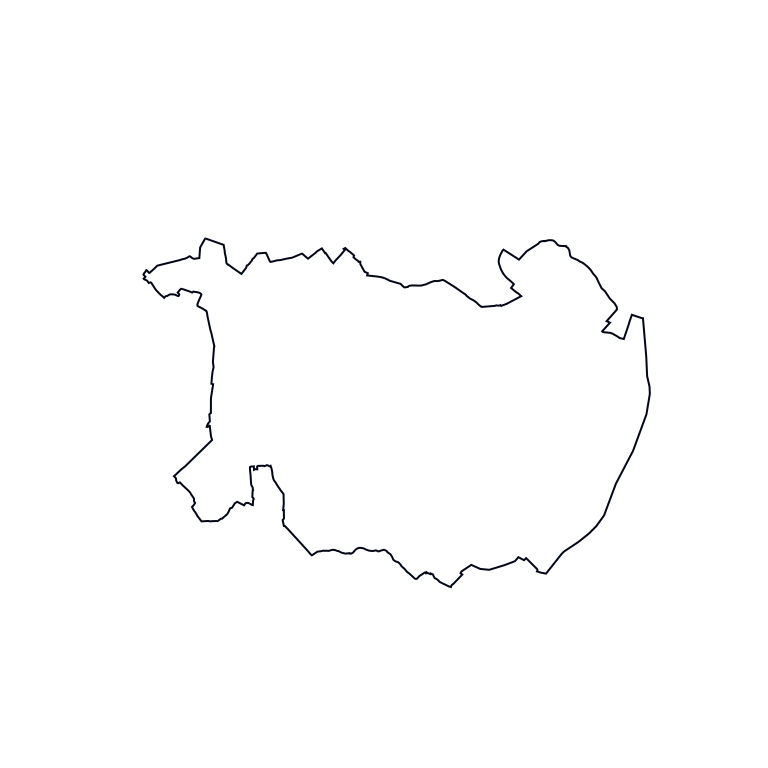 outline of Aliman, Constanta, Romania, rotated 132°
{"feature_id": "2599482B71126522138451", "entity_name": "Aliman", "entity_type": "district", "adm_level": 2, "iso_a3": "ROU", "parent_name": "Romania", "parent_adm1": "Constanta", "projection": "albers", "projection_center": [27.854, 44.172], "detail": "fine", "context": "isolated", "style": "outline", "palette": "ink", "viewbox_px": 768, "rotation_deg": 132, "n_neighbors": 0, "source": "geoboundaries", "source_scale": "gbopen_adm2", "svg_char_len": 6154}
<svg xmlns="http://www.w3.org/2000/svg" viewBox="0 0 768 768"><g transform="rotate(132 384 384)"><path d="M161.8,235.6L162.6,236.6L166.7,246.1L174.2,242.9L175.3,242.3L190.1,235.9L192.1,239.5L192.7,243.6L193.2,245.4L193.5,247.2L194.2,249.3L194.8,250.4L198.6,255.5L198.9,256.0L198.9,256.4L198.9,257.1L187.2,257.1L188.3,260.6L173.8,260.7L172.8,260.8L171.3,262.1L170.8,263.3L169.8,266.7L169.4,273.4L167.3,281.5L167.2,283.1L167.2,286.4L164.8,292.6L162.9,296.9L162.4,299.2L162.1,302.2L160.9,307.0L160.6,311.2L160.8,315.9L161.1,317.9L162.0,320.6L162.2,322.8L164.2,328.5L164.4,329.3L164.4,330.0L164.1,331.3L163.4,332.4L160.8,335.5L159.9,337.9L159.8,339.1L160.3,341.5L160.2,341.5L163.9,346.1L164.4,348.1L163.9,352.0L164.1,354.2L165.1,355.8L167.1,358.0L169.2,359.3L170.5,360.3L171.0,360.9L170.8,360.9L172.1,362.1L174.0,363.2L174.9,363.3L176.5,363.2L189.9,366.8L201.2,366.9L204.2,385.1L205.4,385.2L206.7,384.9L210.7,383.8L213.2,382.8L215.6,381.3L216.9,380.0L217.8,378.8L220.2,374.5L221.6,371.1L222.2,369.1L222.7,366.5L223.0,363.6L222.8,358.0L222.9,355.4L223.0,354.3L227.6,353.8L227.3,346.4L226.9,345.5L226.9,340.8L242.4,346.5L247.6,349.2L247.4,350.2L248.0,350.4L248.9,351.1L250.6,353.3L251.6,353.8L252.4,354.5L261.3,362.9L261.7,365.3L261.7,367.3L261.6,368.0L261.6,370.7L261.9,373.1L262.1,374.3L262.9,376.9L263.2,381.2L263.0,383.4L263.2,384.8L264.6,396.1L266.4,406.7L266.8,408.6L267.3,410.0L271.3,412.7L271.9,413.3L273.6,415.3L274.2,415.8L277.1,417.4L282.3,419.7L283.4,420.6L285.6,421.9L287.6,424.0L291.7,428.8L293.4,430.4L294.7,431.2L295.3,431.3L295.9,431.2L298.6,433.5L298.7,436.1L298.5,438.2L298.4,438.5L303.2,448.3L304.7,453.7L306.1,456.9L308.1,460.1L314.6,469.2L312.5,470.2L313.6,473.5L310.8,481.6L310.0,482.6L309.3,483.0L309.0,483.5L310.2,484.6L309.9,485.1L310.3,488.6L310.2,489.0L310.2,491.5L308.5,492.2L308.6,497.7L308.9,499.1L308.9,503.8L310.6,504.4L310.8,502.8L317.6,502.5L324.3,502.7L328.2,502.4L328.1,503.9L327.9,505.6L327.1,509.1L325.8,514.5L325.7,515.2L326.2,515.4L324.8,520.9L330.0,522.5L332.6,522.7L341.7,524.3L341.9,532.0L342.3,532.4L351.0,536.5L352.3,537.3L356.2,540.4L361.3,544.0L364.5,546.9L365.7,547.5L369.1,549.9L369.3,550.2L369.0,551.4L365.7,558.9L365.6,559.6L367.1,561.1L371.9,565.5L377.2,565.0L378.9,565.4L381.0,564.8L384.8,564.6L386.9,564.7L387.7,565.2L388.0,565.2L389.9,564.2L397.6,563.6L398.8,572.8L399.5,579.7L399.8,579.9L399.7,581.4L399.4,582.2L396.1,585.8L392.8,590.4L392.2,590.8L387.9,596.3L395.0,613.3L395.4,614.0L395.8,614.2L405.5,612.0L414.0,605.5L417.6,608.5L418.2,609.2L418.6,610.1L418.8,611.3L418.9,613.3L419.1,613.9L422.4,615.0L424.1,615.8L426.6,617.6L428.3,618.5L447.5,631.5L448.0,631.7L452.0,631.9L458.3,632.6L458.6,632.9L458.5,634.2L458.2,636.2L458.3,636.7L458.7,636.9L460.3,636.4L462.2,636.4L463.7,635.9L464.0,633.0L466.6,633.0L466.7,632.5L465.8,629.6L465.8,628.9L466.2,626.9L466.3,626.4L465.4,625.8L464.8,625.7L464.6,625.4L464.5,624.6L466.5,617.5L466.8,615.4L467.2,610.0L467.0,606.5L467.1,605.0L465.2,605.0L464.5,604.8L463.8,604.1L460.9,603.2L459.7,602.1L457.5,599.3L456.6,596.3L456.2,595.6L455.7,595.6L454.6,595.9L454.2,596.7L454.1,598.5L450.7,598.7L449.0,598.5L447.7,596.0L445.3,590.3L444.4,587.8L444.2,587.6L443.0,587.6L440.7,584.1L439.6,581.8L439.5,580.3L439.7,579.6L440.4,579.2L446.3,577.3L449.8,575.9L450.8,574.7L449.4,569.4L448.9,566.0L448.7,565.9L448.6,564.7L449.9,562.7L451.5,560.9L459.7,549.6L462.0,545.9L469.4,535.5L469.5,535.6L482.0,526.0L485.5,521.9L489.3,519.8L493.9,516.6L499.3,512.4L498.5,510.8L510.5,503.0L521.2,493.4L521.6,493.2L522.6,493.5L523.4,493.5L528.3,488.4L530.9,488.3L533.2,487.7L534.5,487.1L534.1,486.5L532.6,485.7L531.8,485.8L531.7,485.5L538.7,477.5L540.6,474.3L578.4,476.7L582.9,477.5L593.1,478.3L593.2,475.8L593.8,474.9L594.7,474.0L595.8,471.4L595.6,470.8L595.3,470.5L593.7,469.9L594.0,465.7L594.1,459.0L594.4,455.2L594.8,454.4L595.1,453.3L596.0,449.6L596.3,448.5L598.1,447.0L598.9,444.7L602.3,444.3L603.9,444.4L604.9,441.5L605.5,439.4L605.7,438.0L607.0,434.2L607.3,432.3L608.2,427.7L603.4,423.0L602.5,421.4L602.1,420.9L601.0,420.1L597.1,415.8L593.3,415.1L592.6,414.3L585.6,413.4L582.5,414.1L579.5,415.2L577.7,414.1L572.5,415.0L569.8,414.3L567.8,406.8L566.0,407.1L565.0,407.0L564.3,406.6L563.7,405.9L563.0,404.8L562.3,401.5L561.8,400.5L557.9,403.5L556.9,403.7L556.5,404.0L556.3,404.4L556.3,405.9L556.1,406.2L551.4,410.1L550.5,410.2L550.4,410.6L548.8,412.3L547.9,415.0L546.5,416.6L540.9,422.3L537.5,426.1L535.5,428.0L535.1,428.0L534.3,427.5L532.3,425.6L534.7,423.2L533.4,422.6L532.2,421.1L530.2,423.1L529.2,422.9L525.4,418.8L525.2,418.0L522.7,416.7L522.0,415.3L521.8,414.0L521.4,413.3L520.8,413.3L522.3,410.7L524.1,408.3L526.2,406.1L528.5,402.8L529.3,401.1L529.5,399.6L531.4,393.1L531.6,391.6L532.2,389.7L533.0,385.0L540.0,378.4L545.2,374.6L544.7,374.1L550.8,368.4L553.0,368.2L556.5,363.4L555.9,362.7L556.1,358.9L559.1,328.4L559.5,325.8L559.7,323.2L559.1,322.8L557.9,322.5L553.1,321.3L551.0,319.4L548.1,317.3L547.9,316.7L546.6,315.4L545.0,313.4L541.8,311.5L540.2,309.4L539.3,307.0L538.7,306.2L537.8,302.9L536.2,299.7L535.5,298.8L532.9,296.6L533.2,296.3L532.6,295.4L531.8,294.8L530.0,294.2L526.7,294.3L524.9,294.0L523.2,293.4L522.6,293.0L521.4,291.7L519.7,289.0L519.3,287.1L518.0,283.9L515.8,280.7L513.0,278.6L512.3,276.4L511.8,275.8L509.8,274.8L507.3,273.2L506.7,271.8L506.4,270.6L506.5,269.4L506.7,268.9L506.2,265.2L507.2,261.9L508.3,259.6L508.3,258.0L508.1,256.8L507.0,254.1L506.9,253.2L507.1,251.2L507.7,248.8L507.7,244.0L508.0,242.9L508.2,240.6L507.9,238.6L508.0,231.0L507.8,230.3L507.2,229.6L506.6,229.2L503.1,229.2L497.2,227.7L495.6,226.7L496.4,226.0L495.6,225.5L495.3,225.1L494.2,222.3L493.6,222.6L492.8,220.4L494.4,216.4L493.9,215.2L493.6,213.3L493.8,210.0L491.0,200.3L490.0,198.4L489.3,198.8L487.9,199.1L485.8,198.7L473.2,198.3L473.4,200.5L472.1,200.9L471.4,201.0L460.0,198.1L457.0,188.7L451.7,181.5L438.1,173.3L428.4,168.3L427.6,168.1L422.8,168.3L421.2,162.0L418.3,161.9L419.1,146.3L419.4,145.7L420.0,145.2L420.9,144.9L420.3,143.9L419.9,142.4L416.5,136.7L391.4,138.3L388.0,138.1L371.1,133.8L357.7,131.6L347.6,131.1L334.5,132.5L302.8,145.0L267.0,154.2L230.9,168.7L213.5,179.8L208.3,184.9L202.1,193.7L188.4,207.2L161.8,235.6Z" fill="none" stroke="#020617" stroke-width="2"/></g></svg>